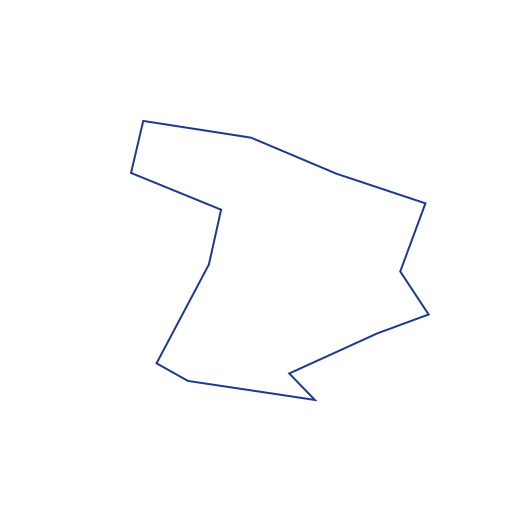 SVG path tracing the border of Kwai Tsing, rotated 308°
{"feature_id": "HKG-5164", "entity_name": "Kwai Tsing", "entity_type": "state/province", "adm_level": 1, "iso_a3": "HKG", "parent_name": "Hong Kong S.A.R.", "parent_adm1": "", "projection": "robinson", "projection_center": [114.137, 22.356], "detail": "fine", "context": "isolated", "style": "outline", "palette": "blue", "viewbox_px": 512, "rotation_deg": 308, "n_neighbors": 0, "source": "natural_earth", "source_scale": "10m", "svg_char_len": 345}
<svg xmlns="http://www.w3.org/2000/svg" viewBox="0 0 512 512"><g transform="rotate(308 256 256)"><path d="M316.2,428.0L269.7,399.2L183.9,354.5L178.8,391.0L115.7,279.4L110.2,243.7L220.3,224.1L271.0,200.0L244.5,106.4L293.0,84.0L346.2,179.3L370.4,268.9L401.8,357.1L332.6,379.2L316.2,428.0Z" fill="none" stroke="#1e3a8a" stroke-width="2"/></g></svg>